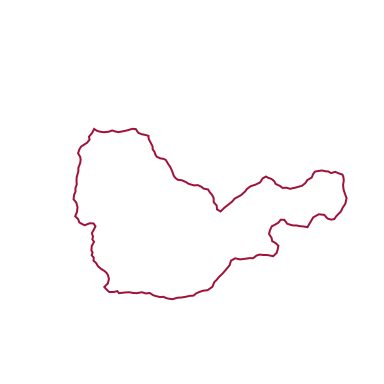 Quintana, São Paulo, Brazil, rotated 51°
{"feature_id": "56859067B922680571426", "entity_name": "Quintana", "entity_type": "district", "adm_level": 2, "iso_a3": "BRA", "parent_name": "Brazil", "parent_adm1": "São Paulo", "projection": "equal_earth", "projection_center": [-50.363, -22.077], "detail": "fine", "context": "isolated", "style": "outline", "palette": "rose", "viewbox_px": 384, "rotation_deg": 51, "n_neighbors": 0, "source": "geoboundaries", "source_scale": "gbopen_adm2", "svg_char_len": 2762}
<svg xmlns="http://www.w3.org/2000/svg" viewBox="0 0 384 384"><g transform="rotate(51 192 192)"><path d="M137.4,298.1L141.2,297.5L144.7,298.7L147.4,297.7L150.3,296.3L151.9,291.2L154.5,288.3L157.9,288.6L159.4,291.8L161.0,295.8L164.2,296.9L166.2,299.3L169.1,299.5L170.9,303.9L174.0,306.9L176.4,307.3L178.1,309.8L181.0,309.6L183.5,311.8L186.7,311.2L190.6,311.8L194.8,311.0L198.0,309.8L201.0,309.3L203.6,309.6L207.2,311.2L210.1,314.9L210.6,319.9L213.9,319.8L217.7,319.2L220.4,315.8L222.1,312.4L224.7,312.4L227.9,307.3L230.7,303.5L233.2,301.5L235.8,298.7L238.3,294.1L241.7,291.8L244.0,288.3L247.7,287.2L250.4,285.4L253.7,282.8L255.5,280.1L258.2,278.8L260.3,277.2L263.1,274.5L264.9,270.0L267.2,266.8L269.4,263.0L271.4,259.0L273.5,256.0L273.4,252.7L274.2,249.6L275.5,245.8L278.1,241.7L278.5,235.8L276.1,231.5L275.8,228.2L275.0,224.5L274.7,220.2L274.0,215.9L272.6,208.8L269.9,205.0L270.7,200.2L274.7,197.0L277.2,192.9L279.7,188.8L281.9,186.2L282.0,181.8L283.2,178.8L285.7,176.4L288.6,172.9L293.0,169.3L292.6,164.6L290.8,161.9L288.2,158.7L284.6,159.1L280.6,160.6L277.9,159.1L273.0,158.5L270.8,155.5L268.9,151.6L269.6,148.0L270.2,144.4L269.4,140.5L271.8,137.7L276.6,138.0L279.9,135.8L281.9,134.2L283.7,131.9L286.5,129.6L289.3,126.7L292.0,124.4L289.9,118.9L288.0,113.7L289.1,107.5L293.0,103.6L297.8,103.4L301.1,101.2L302.6,98.3L301.6,95.2L300.9,88.7L299.0,84.7L297.6,80.2L294.1,75.8L290.6,74.6L285.5,72.7L281.5,70.1L278.7,66.9L275.8,65.0L273.1,64.1L270.3,66.0L266.5,68.0L264.8,72.0L261.8,73.2L259.9,75.2L257.0,77.5L255.3,80.4L253.5,83.6L254.3,86.7L256.1,89.8L255.3,94.9L256.4,98.1L256.4,102.4L254.6,106.8L253.1,110.1L251.2,113.8L248.2,115.8L245.8,119.1L242.7,119.8L240.5,120.9L238.3,121.9L235.5,121.3L231.9,122.0L228.8,123.9L226.5,124.8L225.9,128.5L227.4,133.1L226.2,138.2L224.4,142.8L224.2,147.1L225.0,150.4L225.3,155.8L224.7,159.3L224.0,163.1L224.7,166.8L224.7,170.9L224.6,176.7L225.1,182.0L221.3,183.5L217.9,181.3L213.7,181.6L210.0,178.8L206.3,178.2L203.6,178.4L200.2,177.9L196.7,180.8L193.4,181.6L190.4,183.1L188.1,186.3L183.5,189.5L180.3,190.5L176.6,192.4L173.7,195.3L170.4,196.1L167.7,195.9L164.2,194.6L159.2,193.2L155.4,192.9L150.6,192.2L148.3,193.3L146.1,195.3L142.5,197.2L140.1,197.0L137.3,195.9L134.1,195.7L131.7,193.9L126.7,192.9L123.4,192.2L121.0,190.5L118.2,192.4L115.4,194.8L112.2,196.5L107.7,196.1L105.3,198.7L103.5,203.2L101.5,207.2L99.2,211.5L96.7,213.5L93.9,215.4L92.7,218.9L90.2,222.7L87.3,225.5L84.5,227.4L81.4,228.4L83.3,232.6L84.2,237.3L86.8,238.6L87.7,242.5L87.3,246.0L86.9,249.3L87.9,252.5L90.2,256.2L94.4,256.8L96.8,258.2L99.1,260.6L101.7,265.1L104.6,267.5L108.0,272.4L110.9,274.9L113.5,276.7L115.8,280.3L118.4,282.3L120.0,285.4L123.1,288.6L127.4,288.6L131.7,290.5L135.0,293.8L137.4,298.1Z" fill="none" stroke="#9f1239" stroke-width="2"/></g></svg>